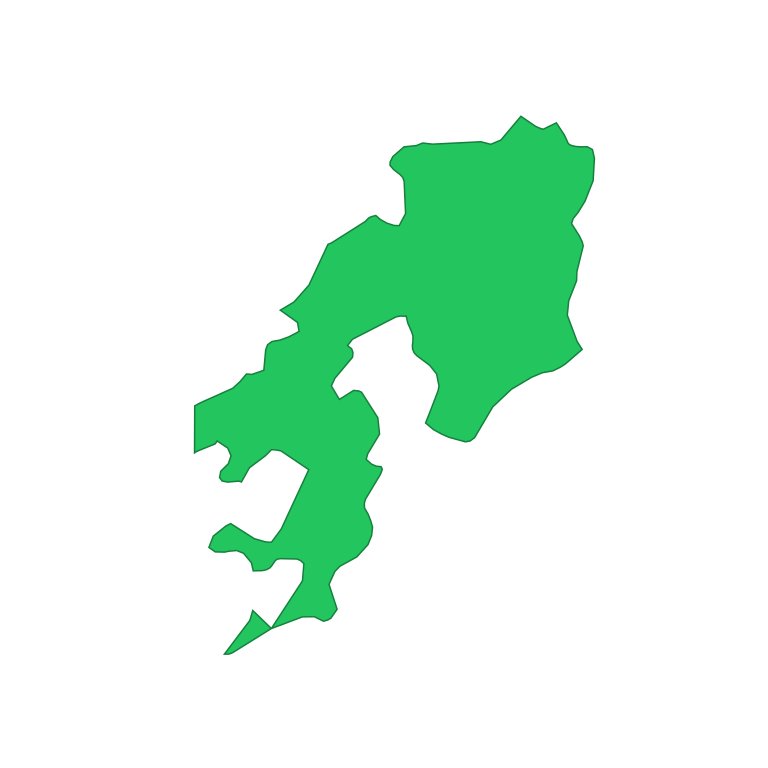 map outline of Basel-Landschaft (Robinson projection), rotated 305°
{"feature_id": "CHE-3423", "entity_name": "Basel-Landschaft", "entity_type": "Canton", "adm_level": 1, "iso_a3": "CHE", "parent_name": "Switzerland", "parent_adm1": "", "projection": "robinson", "projection_center": [7.631, 47.451], "detail": "fine", "context": "isolated", "style": "filled", "palette": "green", "viewbox_px": 768, "rotation_deg": 305, "n_neighbors": 0, "source": "natural_earth", "source_scale": "10m", "svg_char_len": 2497}
<svg xmlns="http://www.w3.org/2000/svg" viewBox="0 0 768 768"><g transform="rotate(305 384 384)"><path d="M421.9,265.8L466.3,258.0L469.6,260.1L506.5,275.5L511.2,276.2L513.6,277.5L517.3,280.6L516.7,286.7L517.4,294.0L519.6,301.2L522.4,305.6L536.0,303.9L561.5,284.3L564.0,280.8L564.8,276.7L565.2,268.8L566.5,263.6L569.3,261.7L575.4,260.8L589.8,264.4L597.8,273.7L603.6,277.5L608.4,286.3L638.0,324.4L641.6,334.0L650.8,339.8L681.8,342.6L682.0,360.6L683.1,365.8L684.0,368.3L696.8,375.4L691.4,389.0L686.6,397.2L686.7,400.1L688.5,404.8L691.5,409.7L694.9,414.4L695.6,420.3L689.6,426.9L670.5,438.7L649.1,443.8L636.1,444.6L628.1,444.1L623.0,445.6L617.4,459.0L614.1,464.9L611.4,468.0L586.6,477.6L579.1,482.5L558.1,487.6L545.5,494.7L529.6,517.8L526.0,526.5L504.5,521.1L498.5,518.6L491.6,514.8L484.0,507.2L474.1,501.0L452.8,491.4L427.6,486.2L392.0,489.0L386.6,487.2L383.3,483.8L377.6,467.8L376.1,460.4L375.0,450.9L375.9,440.4L385.3,438.2L409.4,432.2L413.9,430.2L422.4,421.3L425.5,410.7L426.0,394.6L426.9,390.7L429.0,387.4L431.8,385.2L435.9,383.0L440.0,380.1L442.9,376.2L447.5,368.6L452.3,363.3L449.1,358.5L445.8,355.3L402.6,332.5L394.5,332.1L394.3,337.3L392.0,340.5L387.9,342.9L360.5,340.5L352.2,342.0L345.8,356.3L361.3,362.8L363.8,367.2L364.4,370.3L352.8,398.3L340.4,409.1L317.5,410.7L312.0,412.7L311.2,419.8L312.3,424.9L314.6,429.0L313.2,431.5L308.1,432.9L279.0,434.9L275.1,436.3L271.3,439.1L268.3,445.6L264.7,451.1L260.1,456.8L252.7,460.8L243.2,463.0L226.7,460.9L209.4,452.4L202.2,451.3L188.3,453.9L172.6,474.8L161.6,474.8L158.4,473.3L155.0,470.5L153.4,460.4L146.4,450.7L119.1,432.0L176.0,430.1L190.9,421.4L191.5,416.8L190.7,413.1L181.5,399.3L179.1,396.9L176.8,396.2L170.0,396.3L167.5,395.8L164.7,394.4L162.4,392.4L161.1,391.1L156.2,384.4L155.9,384.1L161.5,377.9L164.8,366.1L163.1,358.9L158.2,353.0L154.9,349.9L149.7,342.1L149.7,334.3L161.5,331.4L177.2,336.0L181.7,338.5L182.9,366.5L186.4,376.7L187.8,379.5L190.0,382.6L206.4,383.0L270.7,371.5L270.1,337.9L268.3,333.9L265.7,329.5L257.5,328.1L238.1,321.8L222.0,323.4L221.1,320.7L213.9,312.1L211.7,307.0L213.0,303.0L218.9,300.3L229.4,302.2L237.5,299.9L241.9,292.7L241.6,280.0L238.2,280.1L221.3,269.2L218.9,268.3L257.5,241.5L263.2,244.3L293.8,262.6L303.4,264.7L313.3,265.6L316.1,270.3L326.3,277.7L344.1,267.5L349.4,266.1L354.6,267.9L360.4,273.7L368.2,279.1L378.4,284.3L384.8,277.8L385.0,256.7L399.7,263.3L421.9,265.8ZM113.4,409.7L123.2,406.4L119.1,432.0L76.9,414.0L73.7,411.8L71.2,408.2L113.4,409.7Z" fill="#22c55e" stroke="#15803d" stroke-width="1.5"/></g></svg>